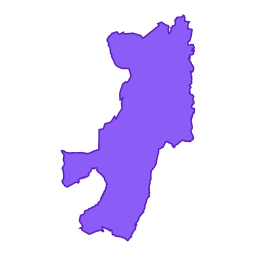 outline of Ogan Ilir, Sumatera Selatan, Indonesia
{"feature_id": "22746128B50783491652131", "entity_name": "Ogan Ilir", "entity_type": "district", "adm_level": 2, "iso_a3": "IDN", "parent_name": "Indonesia", "parent_adm1": "Sumatera Selatan", "projection": "robinson", "projection_center": [104.638, -3.42], "detail": "fine", "context": "isolated", "style": "filled", "palette": "violet", "viewbox_px": 256, "rotation_deg": 0, "n_neighbors": 0, "source": "geoboundaries", "source_scale": "gbopen_adm2", "svg_char_len": 5791}
<svg xmlns="http://www.w3.org/2000/svg" viewBox="0 0 256 256"><path d="M184.7,21.2L184.9,17.8L184.3,15.9L183.2,15.9L183.0,15.4L182.0,17.0L177.0,17.4L176.2,19.1L175.4,19.8L175.3,19.6L175.1,19.9L175.0,21.4L175.4,22.8L175.2,24.5L174.4,25.4L173.7,25.9L172.5,25.9L172.1,27.0L171.2,27.5L170.9,28.8L171.0,31.1L170.8,31.7L170.1,32.5L168.9,33.4L168.5,32.4L168.8,32.2L168.4,31.2L168.6,30.8L167.9,29.0L169.0,27.4L168.5,26.2L168.1,25.7L167.5,25.4L166.4,25.3L161.5,22.2L157.8,23.7L159.0,25.3L158.5,25.9L142.9,38.3L140.7,35.5L132.6,33.2L132.6,33.3L124.7,33.9L123.9,33.8L123.6,33.3L123.5,32.3L121.7,33.0L120.3,33.9L119.3,34.3L118.4,34.0L118.1,33.7L117.9,32.5L117.7,32.4L117.0,32.0L115.9,32.0L113.8,33.0L112.4,33.1L111.4,33.9L111.3,34.5L110.3,35.7L109.3,36.0L108.2,37.5L108.2,37.9L107.1,39.6L107.2,41.1L108.5,42.2L108.5,43.5L108.8,44.1L108.4,44.6L108.4,45.6L110.0,47.4L110.6,53.5L111.8,55.1L111.6,56.5L112.6,58.2L112.5,58.8L113.3,59.5L114.4,62.5L115.3,64.3L116.3,65.6L117.5,66.2L118.2,66.8L119.7,67.3L121.6,68.4L128.8,68.5L130.0,71.9L130.9,75.6L130.9,76.3L130.2,77.9L128.2,81.2L127.0,82.6L125.7,81.9L125.5,82.2L124.8,82.3L123.2,83.6L122.8,84.0L120.5,90.7L119.8,93.8L120.1,99.9L121.5,99.4L122.6,98.3L122.0,100.5L121.5,102.9L121.9,106.6L121.9,108.8L118.3,114.2L116.0,118.9L114.5,116.3L111.1,121.7L109.9,122.4L104.9,123.8L103.4,128.9L99.1,129.6L99.1,137.6L98.8,147.7L98.9,149.4L98.7,150.0L97.0,150.0L93.1,151.4L90.9,152.6L88.3,153.5L86.3,153.5L83.2,152.8L82.5,153.0L81.3,152.5L79.8,153.0L79.1,152.7L75.7,153.0L73.8,152.6L69.7,153.1L65.8,152.4L63.8,150.9L62.8,150.6L61.5,150.7L62.2,152.5L64.1,154.9L63.4,159.7L63.4,160.3L64.3,162.3L64.4,163.4L64.1,165.3L63.6,166.2L62.7,167.2L62.3,168.2L62.5,169.3L62.9,169.4L63.2,170.6L63.7,174.5L63.7,178.4L62.2,181.0L62.2,181.5L62.8,183.1L65.2,186.1L67.0,186.8L68.2,186.7L69.8,185.5L72.6,184.1L73.5,183.4L75.6,182.5L77.0,182.1L77.7,182.8L78.2,182.9L78.4,182.2L79.2,181.8L78.4,179.7L80.9,178.3L81.6,178.6L82.3,177.6L82.8,177.8L82.8,177.5L83.5,177.4L84.4,177.8L84.5,177.1L85.8,177.0L87.1,176.7L87.9,175.9L88.7,175.6L88.9,174.4L88.7,173.2L90.5,171.6L92.1,168.3L92.7,167.9L93.1,168.4L94.1,168.8L95.9,167.8L96.5,167.8L97.0,168.3L97.1,168.8L97.1,169.5L96.7,170.3L97.7,171.0L98.1,171.9L100.6,173.7L101.2,173.8L101.2,174.6L102.0,175.0L102.9,176.1L102.9,176.6L104.3,177.4L104.7,179.8L106.7,183.5L106.7,184.0L106.9,184.6L106.4,184.8L106.4,187.3L105.6,187.9L105.8,189.2L104.6,190.9L105.0,190.9L105.0,191.7L104.3,192.0L103.0,193.9L103.4,193.9L103.4,195.0L101.5,196.7L101.8,197.1L101.8,197.8L101.2,198.0L100.8,198.7L100.7,200.5L98.1,202.9L98.1,204.0L97.8,204.1L97.7,204.6L97.3,204.6L97.2,204.9L96.8,204.8L95.3,205.1L94.6,206.6L92.2,207.1L91.9,207.7L91.7,207.6L90.9,208.3L89.5,208.5L89.0,208.7L89.0,209.2L86.3,210.6L85.2,210.6L84.4,211.9L84.5,213.0L83.6,214.5L80.6,215.3L79.5,219.9L79.6,220.9L80.0,222.1L81.1,223.3L82.7,226.1L82.7,226.7L82.4,227.0L80.9,227.7L80.4,228.1L82.0,228.0L81.7,229.7L83.1,230.7L88.6,234.0L89.6,234.2L95.6,231.5L96.4,230.9L97.8,231.1L100.4,230.0L103.1,231.6L103.4,231.5L102.1,227.1L103.6,227.3L105.6,228.5L106.7,228.7L107.7,229.3L108.8,229.3L109.0,230.3L110.0,230.9L111.7,230.0L112.5,234.7L114.0,234.7L115.4,235.9L116.1,236.2L120.3,236.7L122.3,237.3L125.8,238.9L126.9,240.2L127.7,240.6L128.6,239.7L130.0,237.6L131.4,236.9L130.9,236.4L131.1,235.8L134.1,230.3L135.4,229.2L135.7,226.3L136.5,225.0L135.1,224.9L135.5,223.8L136.1,223.6L136.3,222.4L136.7,222.4L138.1,220.5L138.7,219.4L138.4,218.4L138.8,217.4L139.4,217.2L140.3,215.3L141.0,215.0L141.6,213.7L142.7,213.1L142.8,212.6L143.7,212.0L143.4,210.7L144.0,209.9L144.4,208.7L144.9,207.9L144.6,206.1L145.0,205.9L145.0,204.9L146.1,202.7L146.1,202.0L146.8,199.3L147.7,197.7L148.5,197.1L148.7,196.7L149.2,196.5L149.4,196.1L149.2,195.6L149.0,194.3L149.4,193.4L149.1,193.4L149.1,192.4L149.3,192.2L149.2,190.0L149.3,188.8L149.1,188.4L149.0,187.7L149.4,185.9L149.4,184.2L149.7,184.0L149.7,183.3L149.9,183.3L149.8,182.3L150.2,180.7L150.7,179.9L150.9,178.9L150.8,174.2L151.3,170.9L151.6,170.3L152.0,170.0L154.5,166.8L156.1,163.5L157.2,157.3L158.6,152.0L158.5,149.4L163.0,147.2L164.5,144.1L166.1,141.3L172.4,144.4L172.4,145.3L172.6,145.4L172.4,146.0L172.8,146.2L173.1,146.8L173.6,147.0L174.0,147.5L174.4,147.4L174.7,147.0L175.0,145.5L178.6,143.4L178.8,142.3L179.5,142.2L183.0,140.0L185.4,141.3L186.3,141.2L189.0,141.5L190.2,141.4L193.2,139.1L193.4,137.6L192.8,136.4L192.8,135.6L191.4,133.0L190.8,130.5L191.9,128.9L192.3,127.5L191.0,120.4L191.3,119.5L191.0,118.7L191.7,118.4L191.8,116.5L192.4,116.5L192.6,114.7L193.2,112.8L194.0,113.1L194.5,110.0L194.3,108.9L194.1,108.5L192.1,108.2L191.4,106.8L191.7,106.5L191.7,105.8L192.1,105.5L192.4,104.3L193.1,103.9L193.5,104.0L193.7,103.7L194.0,101.8L193.0,100.2L192.9,99.6L192.6,99.6L193.0,99.5L193.0,98.6L193.4,97.1L193.6,96.8L193.6,96.4L192.8,95.0L191.6,94.6L190.6,94.6L190.1,93.1L189.3,93.1L189.1,92.9L189.3,92.5L190.0,92.1L189.5,90.3L189.9,88.9L190.9,87.1L190.8,86.7L190.5,86.4L189.2,85.6L189.3,85.0L191.6,83.6L191.5,80.2L191.8,78.9L191.5,78.0L191.6,76.2L191.4,76.2L191.0,75.0L190.9,73.7L191.0,73.5L190.8,73.2L191.5,72.6L190.7,71.7L192.3,71.7L192.8,71.5L192.8,71.2L193.1,70.8L193.5,69.3L193.7,69.1L193.5,67.7L193.0,66.1L192.2,64.9L191.4,64.2L191.2,63.0L190.5,61.7L189.4,60.5L189.4,59.6L189.7,59.3L189.0,59.1L188.6,58.5L189.6,57.9L190.2,57.1L189.6,56.7L189.4,56.4L189.5,55.9L189.8,55.6L190.0,55.1L190.6,54.8L192.2,54.7L193.0,54.2L193.6,53.5L193.6,53.1L193.2,52.5L193.3,52.1L194.2,51.1L194.2,50.3L193.7,50.2L191.9,50.5L191.5,50.6L191.3,50.6L191.7,50.4L192.4,49.3L193.7,48.5L194.3,47.9L193.5,45.9L193.2,44.6L190.8,44.6L189.3,45.3L188.1,44.5L187.8,44.1L188.0,42.5L188.8,41.1L189.6,41.0L189.5,40.5L190.0,40.1L190.4,38.8L191.1,36.2L192.1,29.7L191.5,29.4L188.5,28.7L187.0,28.2L187.6,28.4L187.9,27.3L188.1,23.7L189.4,21.9L184.7,21.2Z" fill="#8b5cf6" stroke="#5b21b6" stroke-width="1.5"/></svg>